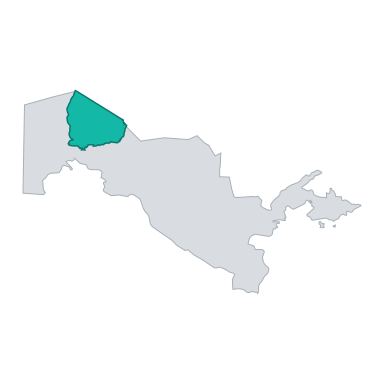 Muynak, Karakalpakstan, Uzbekistan (highlighted)
{"feature_id": "79887680B8314614924968", "entity_name": "Muynak", "entity_type": "district", "adm_level": 2, "iso_a3": "UZB", "parent_name": "Uzbekistan", "parent_adm1": "Karakalpakstan", "projection": "robinson", "projection_center": [59.714, 44.364], "detail": "fine", "context": "in_parent", "style": "filled", "palette": "teal", "viewbox_px": 384, "rotation_deg": 0, "n_neighbors": 0, "source": "geoboundaries", "source_scale": "gbopen_adm2", "svg_char_len": 5921}
<svg xmlns="http://www.w3.org/2000/svg" viewBox="0 0 384 384"><path d="M311.6,172.9L317.7,170.1L321.3,172.0L321.7,173.0L317.9,175.1L314.5,176.2L313.6,178.8L310.3,179.9L307.0,183.5L301.8,187.2L301.8,188.0L302.3,188.6L304.1,189.0L307.7,191.1L311.1,189.9L312.0,190.2L312.9,191.3L314.0,194.7L315.6,195.6L320.6,197.3L324.3,197.3L326.2,198.0L326.5,197.7L326.5,192.8L328.1,193.6L329.7,193.0L330.3,190.5L329.8,188.9L331.0,188.0L331.7,188.6L331.8,190.1L333.7,191.0L335.1,193.5L335.7,196.3L339.1,197.0L340.3,196.5L341.3,196.8L342.0,200.3L342.5,200.6L345.4,199.9L348.3,201.4L351.4,204.1L354.9,204.3L355.6,204.8L358.0,204.3L360.8,205.1L361.0,205.5L360.5,206.1L354.0,209.4L352.3,211.7L350.9,212.4L346.8,211.1L346.2,212.5L347.0,213.9L346.2,215.4L344.1,214.8L343.6,214.1L341.6,214.5L339.4,216.8L338.4,218.8L336.3,219.4L333.4,221.3L332.0,219.8L329.9,220.0L326.9,218.4L325.5,218.1L312.7,220.2L311.7,219.9L310.2,217.2L307.0,215.8L307.0,214.5L313.3,208.9L314.0,207.2L311.8,206.3L312.1,204.8L307.6,200.4L306.8,200.1L306.2,200.3L304.8,203.6L293.7,209.2L292.0,208.7L289.3,206.6L287.6,205.8L285.6,207.6L285.8,209.8L283.8,211.4L285.9,217.1L285.8,217.9L284.3,218.1L285.5,220.2L284.6,220.5L279.1,219.7L272.8,221.0L273.0,221.9L278.7,221.7L279.5,222.1L279.6,222.8L279.3,223.3L276.3,223.8L276.1,224.7L277.7,227.3L277.0,227.8L275.9,227.3L275.2,229.0L273.2,228.9L272.4,233.9L270.9,235.6L268.7,236.4L255.2,234.2L251.7,235.7L249.5,238.0L248.1,243.4L248.3,244.0L254.1,246.1L255.1,249.4L262.1,249.6L263.3,250.2L263.9,251.0L264.3,251.9L262.4,257.3L263.4,262.0L264.6,264.2L268.8,268.4L268.7,270.6L267.8,272.7L266.7,274.5L265.5,275.2L263.8,277.5L262.4,280.2L259.6,283.9L258.6,285.9L258.5,291.8L257.8,293.5L257.6,292.9L256.5,292.2L253.5,292.0L252.8,291.3L248.9,292.6L246.4,292.0L243.8,289.6L239.0,288.7L232.9,289.3L232.5,283.2L232.7,278.7L234.6,275.1L234.6,274.5L233.5,273.2L229.8,272.2L225.4,269.4L221.3,267.6L219.0,267.0L216.5,268.0L214.2,267.7L203.3,260.4L194.2,255.1L187.9,249.8L184.9,250.4L176.9,245.4L171.7,240.1L154.6,228.4L151.3,225.6L150.4,224.1L149.0,217.0L147.5,213.8L145.3,212.0L143.4,208.6L140.5,200.2L139.5,198.7L134.4,195.2L131.5,194.3L129.4,194.9L128.2,196.3L126.5,196.4L119.1,195.0L111.0,195.6L103.8,191.4L103.4,190.7L103.4,189.5L104.8,186.7L104.5,185.5L103.6,184.1L103.5,182.7L104.2,181.9L105.5,182.2L106.0,181.7L105.8,180.9L104.2,179.2L100.9,177.6L101.6,176.5L101.7,173.8L102.2,172.3L101.8,171.8L99.3,169.8L91.3,169.7L89.4,169.2L87.9,168.4L86.4,165.4L85.6,164.6L80.1,163.4L74.5,158.2L73.4,160.5L72.3,161.0L68.1,160.4L66.0,161.8L71.2,167.2L72.3,168.8L72.2,169.7L70.7,169.9L69.4,167.3L68.5,166.6L63.6,165.2L61.9,166.8L61.5,168.9L59.3,172.4L56.8,173.0L50.8,173.2L49.1,174.0L47.8,174.9L45.5,178.0L42.6,180.4L43.5,190.1L45.5,192.6L43.5,194.6L23.0,193.2L24.5,104.9L53.5,96.8L74.2,91.6L121.5,119.4L122.6,120.5L123.2,122.9L124.4,124.8L140.6,141.1L164.2,137.8L188.2,139.6L197.1,135.7L204.4,142.9L208.8,145.4L215.1,155.9L220.8,153.1L220.2,165.6L219.6,169.4L219.7,176.8L229.3,177.1L231.7,189.1L234.0,196.7L236.1,197.5L254.2,196.5L255.6,197.0L258.1,196.2L259.9,198.7L261.8,200.3L260.7,205.6L263.0,207.7L268.1,210.1L271.2,210.0L271.7,209.1L271.5,207.9L270.7,206.6L270.7,205.1L271.2,203.9L274.0,200.0L278.8,196.0L279.8,194.6L280.2,192.2L281.8,190.7L286.0,189.2L286.6,187.9L291.6,184.8L297.3,182.8L299.9,181.2L302.3,178.2L305.9,175.0L307.3,175.0L308.3,176.0L309.2,176.1L311.6,172.9ZM311.9,202.5L311.1,200.9L310.2,200.4L309.7,200.6L311.3,202.5L311.9,202.5ZM324.0,227.6L320.2,227.6L320.7,225.2L319.3,224.1L319.0,222.9L319.2,221.8L320.1,221.4L321.3,223.1L324.3,223.9L323.4,225.5L324.2,227.3L324.0,227.6ZM335.5,225.1L334.9,227.3L333.1,226.3L333.4,225.8L335.5,225.1Z" fill="#d9dde1" stroke="#a8b0b8" stroke-width="1"/><path d="M107.5,143.0L108.3,143.1L109.3,143.1L110.5,142.2L110.9,142.1L111.1,141.7L111.6,142.1L112.6,142.1L113.5,142.4L114.2,142.3L115.0,142.5L115.3,142.4L115.8,142.6L116.5,142.6L116.9,142.8L117.3,142.7L117.8,142.6L118.1,142.2L118.7,142.0L119.1,141.6L119.3,140.9L119.7,141.1L120.0,140.9L119.9,140.2L120.3,140.1L120.3,139.8L120.2,139.3L120.6,139.0L121.2,139.0L121.5,138.2L122.2,137.0L122.9,136.9L123.8,135.7L123.8,134.8L124.1,134.3L124.1,133.0L124.4,132.3L124.5,131.8L124.7,131.6L124.8,130.4L125.0,130.1L125.0,128.7L125.4,128.2L126.7,125.6L125.3,124.2L124.8,123.6L124.0,122.7L123.9,122.6L123.9,122.9L124.0,122.9L124.0,123.5L124.0,123.8L123.9,123.7L123.9,123.3L123.7,122.9L123.7,122.7L123.3,122.3L123.3,122.2L123.3,121.5L123.3,121.2L123.3,120.9L123.2,120.8L123.3,120.6L123.1,120.0L122.9,119.9L122.7,119.9L122.7,119.6L122.3,119.6L122.2,119.5L117.5,116.6L112.9,113.7L89.8,99.4L85.4,96.6L80.3,93.5L75.4,90.5L74.1,93.5L73.8,94.7L73.5,95.9L72.8,96.6L72.0,97.6L71.3,98.7L70.7,100.1L70.3,101.5L69.9,102.7L69.2,103.5L68.8,104.6L68.4,105.4L68.0,106.3L67.4,107.7L66.9,108.8L67.2,110.6L67.7,112.8L68.6,114.4L68.6,115.0L67.5,116.3L67.0,117.7L67.3,119.9L67.4,120.9L67.8,122.6L68.7,123.9L70.2,125.9L70.2,126.6L69.9,128.0L69.9,129.0L69.9,130.1L69.8,131.5L69.4,132.4L69.1,133.9L69.2,134.9L69.7,136.3L70.4,137.8L71.5,138.9L72.6,139.1L73.0,139.6L72.9,140.0L72.3,140.0L71.1,140.2L70.3,140.6L69.5,141.2L68.9,142.2L68.8,143.0L69.1,143.6L69.0,143.9L68.3,143.9L68.4,144.2L68.9,144.4L69.0,144.8L69.3,144.8L69.5,145.3L72.6,145.8L73.7,145.9L78.0,145.9L78.1,146.4L78.5,146.9L79.8,148.0L79.8,148.3L80.4,148.6L80.9,148.6L81.0,148.3L81.4,148.5L81.7,148.2L82.0,148.2L82.5,148.1L82.6,148.4L82.2,148.7L82.0,149.1L81.7,149.7L82.1,149.6L82.4,149.4L82.5,149.5L82.8,149.5L82.7,149.8L82.9,149.9L83.3,149.7L83.9,149.4L84.1,149.5L84.2,149.9L84.9,150.0L84.8,149.6L84.8,148.5L84.9,147.5L85.9,147.1L86.6,147.4L87.1,146.8L87.7,146.0L87.9,145.1L88.4,144.7L88.8,144.9L90.0,144.8L91.1,144.6L92.3,144.7L93.5,144.8L93.2,146.1L95.3,146.0L96.7,145.8L97.1,145.4L97.8,144.7L99.0,145.0L99.2,145.4L99.5,145.5L100.2,145.1L101.3,144.5L102.1,144.7L102.9,144.8L103.5,144.5L104.0,144.4L104.2,143.7L104.9,143.3L105.9,143.4L106.7,142.9L107.5,143.0Z" fill="#14b8a6" stroke="#0f766e" stroke-width="1.5"/></svg>